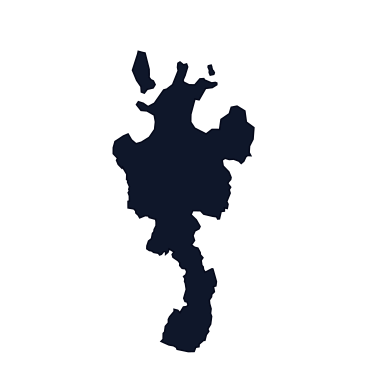 Ceiba, Puerto Rico (orthographic projection), rotated 250°
{"feature_id": "32010507B71550850987381", "entity_name": "Ceiba", "entity_type": "district", "adm_level": 2, "iso_a3": "PRI", "parent_name": "Puerto Rico", "parent_adm1": "", "projection": "orthographic", "projection_center": [-65.662, 18.248], "detail": "fine", "context": "isolated", "style": "filled", "palette": "ink", "viewbox_px": 384, "rotation_deg": 250, "n_neighbors": 0, "source": "geoboundaries", "source_scale": "gbopen_adm2", "svg_char_len": 3572}
<svg xmlns="http://www.w3.org/2000/svg" viewBox="0 0 384 384"><g transform="rotate(250 192 192)"><path d="M62.2,111.8L56.2,118.0L53.9,122.0L51.3,124.2L49.3,124.2L43.3,133.9L41.4,139.5L44.8,142.4L44.2,145.6L46.6,146.7L48.6,152.0L48.2,153.4L52.9,156.6L55.3,160.1L57.8,160.0L61.4,164.3L68.4,167.9L71.6,167.9L75.7,170.0L81.0,170.4L84.5,171.3L86.8,174.5L89.1,175.6L90.6,178.9L95.8,179.8L95.6,182.3L99.4,184.3L112.5,185.3L113.0,184.6L112.1,176.9L115.2,176.3L117.9,176.9L119.7,176.2L124.6,177.2L126.5,179.8L130.2,178.4L132.3,179.0L137.3,178.3L139.2,175.5L142.5,173.4L145.6,177.8L150.6,178.0L152.9,180.1L154.4,181.5L155.0,186.0L156.8,187.8L164.4,186.5L171.0,183.3L174.2,186.4L171.5,193.6L167.2,195.4L162.1,203.2L160.3,206.6L157.8,206.9L157.4,208.6L163.7,212.7L163.0,215.9L166.0,217.0L164.5,219.5L168.2,221.7L171.1,221.4L177.9,227.5L181.4,227.7L183.3,230.0L187.7,228.6L188.9,229.7L190.5,232.6L192.3,233.7L198.3,233.5L205.8,230.2L211.6,231.2L212.4,234.6L209.8,238.1L208.6,242.4L204.9,246.7L202.0,248.0L203.2,251.2L206.6,254.6L207.3,256.7L206.0,259.7L209.5,259.2L215.5,261.8L220.7,267.4L231.3,272.2L237.8,267.9L239.1,267.0L247.4,268.8L250.1,269.4L257.3,263.7L258.2,257.9L256.0,256.2L253.3,254.2L252.8,253.8L250.3,244.1L241.3,239.3L241.4,239.0L242.4,236.5L244.0,232.2L243.6,231.0L241.7,225.1L251.1,216.4L258.2,214.7L258.3,214.8L262.1,216.2L265.4,217.5L278.4,226.6L276.2,230.2L284.7,240.2L283.2,246.8L284.3,252.0L285.9,252.6L287.0,251.4L287.8,247.7L293.0,242.1L294.5,241.9L295.6,238.1L291.7,231.2L293.7,226.0L295.0,224.7L295.7,224.1L298.0,221.8L300.2,221.8L304.3,225.7L304.8,226.0L310.6,230.4L311.0,230.7L314.2,230.7L314.4,227.5L318.3,225.2L317.8,222.8L314.1,221.0L310.7,220.5L299.5,210.5L297.3,203.5L297.6,200.3L292.7,193.3L289.4,188.6L288.3,187.1L287.3,179.9L290.8,177.4L292.0,176.6L295.2,172.5L293.1,169.7L286.1,172.0L285.7,172.9L283.6,177.4L279.2,181.1L277.2,182.8L270.4,181.6L264.5,178.7L263.6,178.3L258.0,170.5L257.6,168.6L256.1,161.5L256.5,155.9L261.7,153.0L265.5,152.3L268.4,151.8L268.3,149.9L268.1,146.6L266.9,141.7L265.8,136.9L265.3,136.6L262.4,134.5L260.6,133.2L254.9,131.1L249.2,133.6L247.6,131.9L246.1,132.0L243.2,132.1L238.3,134.3L239.1,135.3L231.0,136.8L226.1,134.8L224.8,135.7L223.3,134.8L218.3,135.1L216.2,133.5L214.4,133.5L213.2,131.8L209.8,131.8L205.0,130.1L205.1,128.7L198.9,126.5L196.1,131.5L193.7,132.6L191.4,132.1L188.4,133.6L185.6,134.0L185.8,140.0L184.3,143.0L182.7,143.0L178.8,148.5L176.1,148.0L172.6,146.7L169.7,143.6L167.7,142.6L166.6,140.7L162.0,138.0L160.8,134.4L156.8,131.2L154.1,130.1L151.6,131.9L150.6,133.8L148.3,135.4L145.9,139.5L143.9,140.0L143.9,142.0L145.7,144.9L145.0,146.9L142.5,145.9L143.6,148.8L146.4,151.0L141.8,154.6L140.1,152.0L137.2,151.8L132.2,155.4L129.5,156.3L127.1,155.3L123.6,156.6L122.1,159.6L118.8,159.8L116.3,157.8L115.5,155.2L113.0,155.7L110.5,154.4L108.4,154.5L102.4,153.3L95.0,147.9L91.5,148.0L90.3,149.8L87.0,149.6L86.2,147.7L86.9,144.6L82.7,139.4L85.7,138.2L87.9,135.0L85.9,134.4L82.4,128.3L80.4,126.2L77.2,125.1L74.9,121.0L69.9,118.4L69.0,116.6L63.5,114.5L62.2,111.8ZM303.3,178.6L301.2,181.0L303.8,185.1L303.1,191.1L305.5,194.1L309.6,193.7L311.4,191.9L311.7,191.7L314.5,190.9L316.9,191.9L317.4,192.1L322.1,193.7L322.3,193.7L330.9,194.6L338.7,195.4L340.0,193.3L342.6,189.6L340.2,188.1L326.8,177.7L326.5,177.7L324.8,177.8L315.6,178.2L315.1,178.4L310.7,179.5L309.0,180.0L308.5,180.1L303.3,178.6ZM295.6,249.1L295.1,252.7L296.4,253.8L298.4,253.6L299.6,253.0L301.6,253.1L303.2,253.4L304.7,253.4L305.0,250.5L303.9,249.8L300.6,250.0L298.6,249.1L298.3,249.0L295.6,249.1Z" fill="#0f172a" stroke="#020617" stroke-width="1.5"/></g></svg>